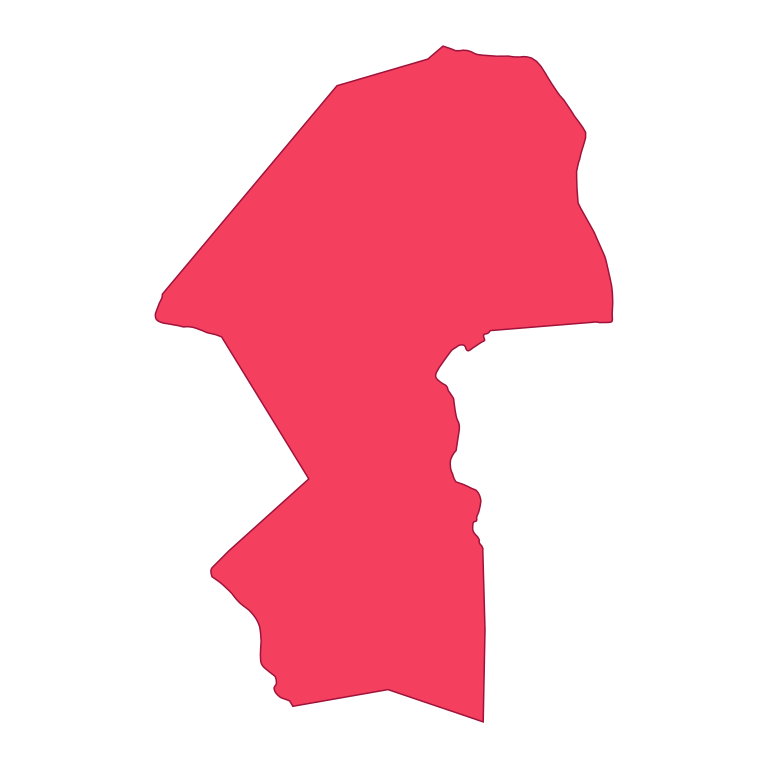 the district of San Jose de Comayagua, Comayagua, Honduras
{"feature_id": "27666195B469892193745", "entity_name": "San Jose de Comayagua", "entity_type": "district", "adm_level": 2, "iso_a3": "HND", "parent_name": "Honduras", "parent_adm1": "Comayagua", "projection": "orthographic", "projection_center": [-88.038, 14.699], "detail": "fine", "context": "isolated", "style": "filled", "palette": "rose", "viewbox_px": 768, "rotation_deg": 0, "n_neighbors": 0, "source": "geoboundaries", "source_scale": "gbopen_adm2", "svg_char_len": 6044}
<svg xmlns="http://www.w3.org/2000/svg" viewBox="0 0 768 768"><path d="M212.0,576.7L215.7,579.3L217.6,580.6L219.4,581.9L220.9,583.1L223.3,585.2L229.4,590.9L230.2,591.8L231.7,593.3L232.4,594.2L234.8,597.4L236.5,599.4L237.9,600.9L239.3,602.4L240.8,603.8L242.3,605.0L243.4,605.9L245.8,607.6L247.3,608.8L248.8,610.0L249.8,610.9L250.7,611.9L251.5,612.8L252.5,613.9L253.7,615.4L254.8,616.9L256.0,618.7L256.7,619.8L257.5,621.4L258.6,623.8L259.3,625.8L259.6,626.6L259.8,627.5L260.0,629.0L260.4,631.7L260.8,635.6L260.9,638.1L261.1,640.2L261.1,641.9L261.0,643.3L260.8,645.8L260.6,649.6L260.5,652.5L260.4,654.1L260.5,657.3L260.7,660.5L260.7,661.2L261.0,662.4L261.2,663.0L261.4,663.6L261.9,664.6L262.5,665.6L263.3,666.6L264.2,667.6L264.8,668.1L266.0,669.1L269.9,672.3L273.4,675.0L274.4,675.7L274.9,676.3L275.1,676.6L275.4,677.0L275.5,677.4L275.8,678.3L276.0,679.1L276.2,680.0L276.3,680.9L276.4,681.8L276.4,682.3L276.4,683.0L276.3,683.5L276.2,684.0L275.9,684.8L275.4,685.5L274.7,686.4L274.4,687.0L274.3,687.3L274.2,687.7L274.1,688.1L274.1,688.4L274.2,688.9L274.2,689.3L274.4,690.0L274.7,690.7L274.9,691.4L275.2,691.9L275.5,692.5L275.9,693.0L276.3,693.5L276.9,694.2L278.2,695.5L278.9,696.1L279.7,696.8L280.2,697.2L280.6,697.4L281.5,697.9L286.1,699.5L289.6,700.9L291.6,704.1L292.8,706.3L388.0,689.6L483.2,721.9L485.0,629.6L482.8,550.5L482.9,549.8L482.9,548.9L482.8,548.5L482.7,548.0L482.2,547.0L481.9,546.2L481.6,545.8L481.2,545.3L480.4,544.5L480.1,544.1L479.8,543.5L479.5,543.0L479.3,542.4L479.2,541.8L479.2,541.5L479.3,540.7L479.3,540.3L479.1,539.6L478.8,538.8L478.2,537.8L477.8,537.2L477.4,536.6L476.8,536.0L475.6,534.8L475.0,534.1L474.5,533.4L474.0,532.8L473.3,531.4L472.9,530.4L472.8,530.0L472.7,529.6L472.7,528.6L472.7,527.3L472.8,525.5L472.9,524.0L473.0,523.5L473.1,523.1L473.6,522.3L474.0,521.9L474.1,521.7L474.3,521.6L474.7,521.4L475.0,521.4L475.5,521.4L475.8,521.3L476.0,521.2L476.4,520.9L476.6,520.5L476.7,520.1L476.7,519.9L476.8,519.5L476.7,518.5L476.6,518.0L476.7,517.5L476.8,517.0L476.9,516.4L477.1,515.8L478.2,513.2L478.6,512.3L479.3,509.8L479.6,508.3L480.2,505.8L480.5,504.0L480.7,502.2L480.8,501.4L480.8,500.6L480.7,499.4L480.5,498.7L480.3,497.9L479.9,496.4L479.4,495.1L478.8,493.9L478.3,493.0L478.0,492.5L477.5,491.8L476.8,491.0L476.1,490.3L475.6,490.0L474.9,489.7L474.0,489.3L472.9,488.9L472.1,488.6L468.3,486.7L464.2,484.8L461.9,483.9L459.7,483.2L457.2,482.3L456.2,481.9L455.9,481.7L455.4,481.1L455.0,480.4L454.5,479.4L454.1,478.7L453.4,476.7L452.6,474.1L452.1,472.8L451.5,471.5L451.1,470.3L450.8,469.3L450.6,468.3L450.4,466.3L450.3,465.0L450.2,463.6L450.3,462.5L450.4,461.5L450.5,460.5L450.7,459.5L451.1,458.3L451.7,457.1L452.3,455.8L453.6,453.7L454.1,452.9L454.6,452.2L455.7,451.1L455.8,450.9L456.1,450.4L456.2,450.1L456.7,446.6L459.3,429.5L459.3,428.6L459.4,427.3L459.3,425.9L459.2,424.9L459.0,423.9L458.7,422.9L458.3,421.9L457.5,420.2L456.9,418.8L456.5,417.3L456.1,415.7L455.1,410.3L453.7,399.6L453.6,398.8L453.5,398.4L452.6,396.9L451.0,394.5L450.4,393.5L449.0,391.6L448.4,390.7L448.2,390.3L448.0,389.7L447.8,389.2L447.7,388.5L447.6,388.0L447.4,387.6L447.0,386.9L446.7,386.4L446.3,385.9L445.8,385.4L445.1,384.9L444.6,384.6L443.5,384.1L442.7,383.6L441.9,383.1L440.5,382.1L439.3,381.2L438.1,380.1L437.3,379.4L436.6,378.5L436.3,378.0L436.0,377.5L435.8,377.0L435.7,376.4L435.7,375.8L435.7,375.2L435.7,374.7L435.9,374.0L436.5,372.4L437.1,371.2L437.7,370.2L438.3,369.1L439.3,367.4L443.6,361.2L446.4,357.3L449.7,352.8L451.6,350.4L452.1,349.9L452.9,349.3L455.0,348.0L459.0,345.3L459.4,345.2L460.2,345.0L461.0,345.0L462.1,344.9L463.0,345.0L463.6,345.1L464.1,345.3L464.6,345.8L465.0,346.3L465.4,347.0L465.6,347.5L465.9,348.5L466.1,348.9L466.3,349.4L466.5,349.7L466.8,350.1L467.0,350.3L467.3,350.5L467.5,350.6L468.1,350.8L468.8,350.6L469.6,350.3L470.4,349.8L473.2,347.7L476.7,345.4L479.9,343.2L481.9,342.0L482.8,341.5L483.8,341.1L484.2,340.8L484.4,340.6L484.5,340.5L484.6,340.2L484.6,339.7L484.5,339.2L483.9,337.7L483.7,336.9L483.6,336.2L483.6,335.8L483.6,335.5L483.7,335.2L483.8,334.9L484.1,334.5L484.4,334.2L484.7,334.1L485.2,333.9L486.1,333.9L486.5,333.8L487.7,333.3L488.3,332.9L488.9,332.5L489.3,332.0L489.8,331.2L490.2,330.6L592.3,322.3L593.8,322.1L595.4,322.0L596.7,322.1L598.3,322.3L599.5,322.6L600.0,322.6L603.0,322.5L606.2,322.5L609.2,322.4L610.0,322.2L610.7,322.1L611.5,321.8L611.8,321.6L612.0,321.4L612.1,321.0L612.3,320.4L612.4,319.6L612.4,318.7L612.3,316.9L612.2,315.4L612.2,313.1L612.3,311.6L612.6,305.4L612.7,303.9L612.7,301.2L612.6,298.0L612.5,295.3L612.4,293.1L612.0,289.0L611.8,287.5L611.6,285.8L610.8,281.9L610.3,279.5L609.4,275.3L607.5,267.0L606.7,263.5L605.9,260.0L605.5,258.8L605.0,257.1L604.4,255.5L602.2,250.6L600.1,245.8L597.1,239.1L595.1,234.5L594.6,233.3L594.2,232.4L593.0,230.2L580.6,208.1L578.1,202.9L577.6,196.6L577.0,188.6L576.7,179.5L576.6,171.3L578.5,162.6L579.7,159.1L581.0,153.3L584.4,142.2L585.6,137.6L585.6,132.4L583.1,128.0L579.5,122.8L574.7,116.5L571.4,111.2L563.9,100.1L559.7,95.4L556.3,90.6L551.7,83.7L548.1,77.9L545.3,73.2L541.0,66.4L536.5,61.3L531.5,58.0L527.2,56.9L523.5,56.6L519.8,57.0L514.0,56.9L508.3,56.1L496.5,56.2L488.7,55.6L481.4,55.1L480.9,54.9L477.8,54.6L475.0,53.7L470.7,51.5L467.2,50.5L463.1,50.2L459.8,50.7L455.6,50.7L451.0,48.8L443.0,46.1L427.8,59.1L337.0,85.7L162.4,294.1L162.2,296.5L162.0,297.3L161.7,298.3L161.2,299.4L160.7,300.5L159.8,302.2L159.4,303.0L156.7,310.1L155.7,312.8L155.5,313.5L155.4,314.3L155.3,315.1L155.3,315.8L155.5,316.8L155.6,317.6L155.9,318.4L156.3,319.3L156.6,319.7L157.2,320.3L157.9,320.9L158.6,321.3L159.8,321.8L160.5,322.1L161.4,322.5L162.9,322.9L164.4,323.3L166.0,323.5L168.6,323.9L173.2,324.8L178.5,325.7L179.9,326.0L182.4,326.7L183.5,326.9L183.9,326.9L184.4,326.9L185.8,326.7L186.6,326.7L187.9,326.7L189.5,326.8L190.6,327.0L191.5,327.1L192.3,327.2L193.9,327.6L195.5,328.1L196.8,328.5L200.6,330.0L202.4,330.6L206.0,332.2L207.6,332.8L208.5,333.0L212.0,333.8L213.8,334.2L215.1,334.5L216.3,334.9L218.8,335.8L221.6,336.9L308.8,478.9L228.8,550.9L212.1,567.7L211.1,569.4L210.9,570.9L211.1,573.5L212.0,576.7Z" fill="#f43f5e" stroke="#9f1239" stroke-width="1.5"/></svg>